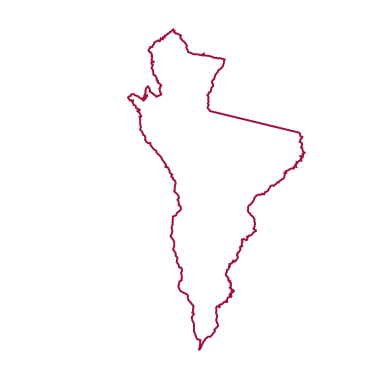 outline of Filandia, Quindío, Colombia, rotated 110°
{"feature_id": "7082276B59907465773306", "entity_name": "Filandia", "entity_type": "district", "adm_level": 2, "iso_a3": "COL", "parent_name": "Colombia", "parent_adm1": "Quindío", "projection": "orthographic", "projection_center": [-75.673, 4.664], "detail": "fine", "context": "isolated", "style": "outline", "palette": "rose", "viewbox_px": 384, "rotation_deg": 110, "n_neighbors": 0, "source": "geoboundaries", "source_scale": "gbopen_adm2", "svg_char_len": 6042}
<svg xmlns="http://www.w3.org/2000/svg" viewBox="0 0 384 384"><g transform="rotate(110 192 192)"><path d="M280.4,173.2L282.3,172.8L285.1,172.6L286.3,171.9L288.3,170.0L289.2,168.1L290.0,161.3L290.9,160.3L293.2,159.7L294.6,158.5L298.8,151.4L300.4,151.3L303.6,150.2L305.1,150.5L305.8,148.4L310.0,149.5L311.0,148.5L312.2,148.1L315.3,145.0L322.1,142.5L327.9,137.6L328.4,136.7L328.4,133.3L329.7,133.2L332.3,132.3L336.1,131.5L337.4,131.6L338.2,132.2L337.4,131.1L336.2,130.6L328.4,130.0L327.4,129.3L325.6,129.4L324.4,128.4L322.5,127.6L321.9,125.5L320.0,124.5L316.7,123.5L315.5,122.8L314.9,122.9L314.1,123.7L313.3,123.7L309.1,121.7L308.2,122.0L304.8,125.0L303.6,125.6L301.3,125.6L299.2,126.5L297.3,128.1L294.2,128.7L292.7,129.7L291.1,129.5L290.6,128.8L290.9,126.7L290.3,126.6L289.3,127.7L288.5,127.6L287.1,125.4L284.6,124.4L284.0,123.4L283.1,123.0L283.0,122.6L283.6,121.9L283.4,121.5L282.6,121.5L280.7,122.4L279.1,122.3L277.5,120.4L277.3,119.4L276.8,119.2L276.5,119.6L276.5,120.9L275.9,121.5L275.4,121.5L275.2,120.1L274.7,120.2L274.3,121.0L273.5,120.3L272.2,120.7L272.2,119.7L271.5,119.8L271.4,118.9L271.0,118.7L269.9,119.8L270.2,121.4L269.0,122.7L269.0,123.7L267.1,123.1L266.4,124.0L265.1,123.9L264.0,124.4L263.9,126.0L263.6,126.2L262.6,125.9L262.5,127.8L262.0,128.1L260.6,128.1L258.5,131.7L257.4,132.1L254.8,132.0L253.6,132.5L251.9,131.3L249.5,131.7L249.7,131.1L249.2,130.9L246.9,132.2L245.7,130.3L244.6,130.2L243.7,129.5L242.8,130.0L242.4,129.9L242.2,129.4L242.8,128.2L242.6,127.7L238.8,126.5L237.5,126.7L236.6,127.3L236.2,128.1L235.6,128.4L234.5,127.9L233.6,128.3L232.2,127.4L229.7,126.8L228.9,127.0L228.1,127.9L227.4,127.6L226.5,127.8L226.2,126.7L225.6,126.3L223.2,127.8L221.5,127.4L220.3,128.7L219.5,128.8L219.1,128.3L218.4,126.7L218.8,124.8L218.3,124.1L217.0,123.9L215.2,124.9L214.8,123.9L213.5,123.6L212.7,121.8L208.6,120.2L206.7,118.6L206.0,119.0L205.8,120.9L205.4,121.7L203.2,121.4L201.8,121.6L199.4,122.3L198.2,123.5L196.6,123.7L194.5,125.8L193.4,129.2L192.3,130.2L192.0,131.4L190.8,133.1L189.1,133.2L187.2,134.1L185.7,134.1L183.4,132.6L180.2,131.4L178.0,131.1L176.0,131.3L173.3,130.1L171.8,128.8L171.1,126.5L169.6,125.6L169.8,124.2L169.6,123.4L167.2,123.3L165.3,121.2L159.5,120.2L158.2,118.7L158.2,117.1L156.6,116.5L154.9,115.3L153.6,115.1L153.5,113.9L151.0,113.2L150.4,112.3L148.8,111.5L148.0,110.5L146.9,110.3L144.1,110.8L142.3,111.7L141.9,110.0L141.3,110.2L140.9,111.0L140.4,111.0L139.2,109.5L136.6,107.4L135.4,105.8L135.0,104.3L133.6,104.8L132.9,104.6L132.8,102.6L130.6,104.2L129.3,103.1L128.1,103.9L127.4,102.5L125.6,101.8L125.2,100.0L124.5,100.2L123.3,101.2L121.8,100.2L121.3,102.0L120.1,100.0L119.4,100.1L118.9,100.9L118.5,101.1L117.0,99.7L116.5,99.6L116.2,101.5L112.9,103.6L112.9,104.7L110.4,104.7L109.4,105.0L108.3,105.8L108.0,108.1L106.1,107.8L105.1,108.1L103.6,107.1L102.6,107.1L102.5,109.2L100.1,110.5L99.6,111.8L109.8,202.8L108.8,203.7L107.8,206.1L106.2,206.3L104.8,206.0L104.3,206.2L103.5,207.3L101.3,207.3L99.2,208.6L97.8,208.6L96.8,209.2L95.7,210.7L94.5,209.9L93.0,210.3L91.1,208.7L87.8,209.3L84.8,208.4L83.3,209.3L82.4,210.6L81.1,211.0L79.8,210.7L78.4,209.8L73.9,210.1L70.5,208.9L68.9,208.9L66.1,207.0L63.6,206.1L59.5,206.2L57.2,206.9L56.3,206.7L56.6,211.2L56.7,211.8L57.6,212.9L57.6,215.0L58.4,217.4L58.1,219.5L58.3,222.7L59.5,227.4L59.5,227.7L58.1,228.2L58.8,229.0L60.0,228.8L60.1,229.3L60.8,234.1L62.0,237.5L61.7,240.6L61.9,243.4L59.8,244.9L59.2,246.0L58.0,246.9L56.6,246.7L56.0,247.0L53.4,250.9L53.1,252.8L52.2,253.6L51.3,255.7L50.6,256.0L48.9,255.8L48.5,256.4L48.5,258.3L48.1,259.7L48.6,261.5L48.0,262.5L47.8,263.6L46.4,263.6L46.6,264.7L45.8,265.3L48.4,266.6L49.1,267.4L50.9,268.0L51.5,269.0L53.2,269.7L54.4,271.0L54.9,271.1L55.9,270.5L56.7,272.3L58.5,271.6L58.9,272.7L58.5,273.9L61.2,273.7L61.5,274.2L61.2,275.8L64.6,278.6L66.0,278.2L67.5,279.0L69.1,278.8L69.5,279.2L70.2,280.8L70.8,280.5L71.7,281.1L74.2,281.1L74.7,280.2L74.6,279.2L75.9,277.3L77.1,276.3L78.1,276.5L78.5,275.6L81.5,275.2L82.3,274.7L82.7,272.6L83.1,272.5L83.5,273.9L84.5,274.4L85.5,273.6L85.7,272.5L87.1,272.1L88.6,272.5L89.2,272.3L89.9,271.8L90.6,270.5L94.9,268.3L95.2,267.7L95.0,266.7L96.6,264.6L97.6,263.8L98.7,263.7L98.9,262.3L100.1,262.3L100.4,262.0L100.3,261.3L101.1,261.0L101.7,258.2L102.2,257.5L103.0,257.4L104.1,258.0L105.2,257.4L106.3,257.9L109.4,255.8L110.0,254.6L110.5,254.4L111.7,254.8L112.6,256.0L114.7,258.1L113.6,259.7L113.3,260.8L113.5,261.7L112.6,263.0L112.1,265.8L111.7,266.2L110.7,266.3L108.8,268.0L107.8,269.5L109.6,270.4L113.0,270.4L114.4,269.5L118.0,269.8L119.0,269.4L120.4,270.0L120.9,269.0L120.4,268.8L119.1,268.5L117.3,268.7L116.5,267.3L117.0,267.1L117.2,267.5L117.8,267.3L118.0,268.0L119.1,267.7L119.2,268.0L119.9,268.0L120.2,267.6L122.5,268.7L122.7,269.5L121.6,270.3L121.5,272.8L120.5,275.6L120.6,277.8L120.1,280.8L121.4,282.7L122.6,282.5L124.1,284.1L125.0,284.4L125.8,283.7L127.1,281.5L126.0,278.8L126.5,278.5L127.9,279.0L128.7,277.7L130.2,276.5L130.2,274.6L132.1,273.4L132.7,269.2L133.3,269.3L134.1,270.8L134.6,271.0L135.3,269.0L137.9,265.7L138.5,265.7L139.3,266.9L140.9,265.7L146.5,263.7L148.2,262.3L151.0,262.1L152.7,259.2L154.9,257.5L155.2,255.8L157.2,254.2L158.9,254.0L160.2,252.3L161.0,250.6L161.0,249.6L160.3,247.9L161.8,247.2L162.7,246.2L164.9,242.5L165.5,239.7L167.1,238.7L169.5,233.4L172.7,229.7L175.0,226.0L177.6,225.5L177.7,225.1L176.9,224.1L177.1,223.3L179.4,220.5L180.5,220.1L181.6,219.2L182.5,216.5L183.8,216.9L184.9,216.5L185.1,214.8L186.4,214.3L187.2,212.0L187.9,211.2L189.4,210.3L192.2,210.2L195.8,209.0L197.6,208.9L198.9,205.4L200.3,203.3L201.9,202.2L202.8,202.4L203.8,203.0L204.3,202.9L205.1,201.8L206.9,200.5L208.8,200.2L209.3,198.0L212.0,196.5L214.2,197.2L216.9,199.1L219.3,198.9L221.5,201.5L226.9,200.0L229.2,199.0L231.5,199.2L233.0,198.7L235.6,197.0L239.1,196.8L240.8,197.1L243.4,193.3L245.0,191.7L248.2,190.4L250.6,190.1L252.4,190.3L254.4,187.2L256.2,185.8L257.2,185.8L257.8,185.2L258.7,183.2L263.1,182.4L264.7,179.9L267.1,178.4L267.2,177.6L266.8,176.6L268.2,174.9L270.2,174.4L271.6,174.6L275.7,172.2L277.0,172.3L278.4,171.5L280.4,173.2Z" fill="none" stroke="#9f1239" stroke-width="2"/></g></svg>